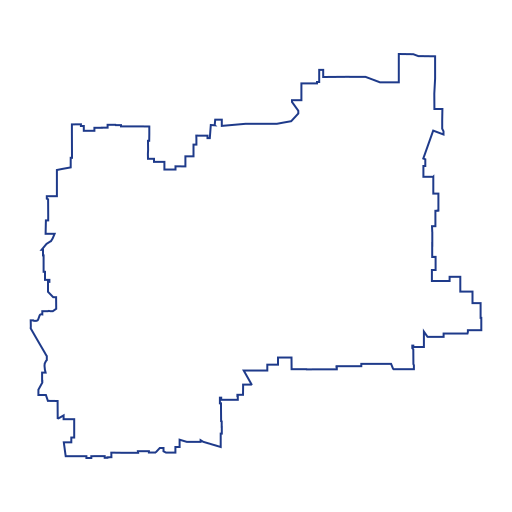 the district of Dumbleyung, Western Australia, Australia
{"feature_id": "25037944B51137520992535", "entity_name": "Dumbleyung", "entity_type": "district", "adm_level": 2, "iso_a3": "AUS", "parent_name": "Australia", "parent_adm1": "Western Australia", "projection": "natural_earth1", "projection_center": [117.914, -33.218], "detail": "fine", "context": "isolated", "style": "outline", "palette": "blue", "viewbox_px": 512, "rotation_deg": 0, "n_neighbors": 0, "source": "geoboundaries", "source_scale": "gbopen_adm2", "svg_char_len": 4518}
<svg xmlns="http://www.w3.org/2000/svg" viewBox="0 0 512 512"><path d="M71.9,124.4L71.9,132.1L72.0,157.8L70.7,157.8L70.7,165.2L70.7,165.4L70.7,167.4L62.4,168.9L56.9,170.0L56.9,177.1L56.9,183.3L56.9,195.3L56.9,196.2L53.4,196.2L46.8,196.2L46.8,198.7L48.1,199.3L48.2,214.7L48.2,216.0L48.2,220.4L45.9,220.4L45.6,233.8L54.6,233.8L53.6,236.2L52.6,238.5L51.0,241.1L50.9,241.1L46.5,243.9L41.6,249.8L43.0,249.8L43.0,255.4L43.6,255.4L43.6,257.8L43.6,271.8L45.0,271.8L45.0,279.9L49.4,279.9L49.4,281.9L48.0,281.9L48.0,291.8L53.2,297.2L56.1,297.2L56.1,297.4L56.2,308.8L52.8,311.2L50.3,311.2L48.9,310.9L48.0,311.1L47.9,311.2L47.2,311.2L42.3,311.2L42.3,314.1L42.3,314.4L41.9,314.3L41.6,314.3L41.3,314.3L41.1,314.3L40.8,314.4L40.5,314.5L40.3,314.6L40.1,314.8L39.9,315.0L39.7,315.3L39.6,315.5L39.5,315.8L38.2,319.4L38.1,319.6L38.0,319.8L37.8,320.0L37.7,320.2L37.5,320.4L37.2,320.5L36.8,320.7L36.3,320.8L36.0,320.9L35.7,320.9L35.2,320.9L34.0,320.8L33.7,320.7L33.4,320.7L33.2,320.6L33.1,320.3L30.7,320.3L30.8,325.0L30.8,327.3L30.7,327.7L30.7,328.4L35.7,337.1L39.0,342.8L45.3,353.6L45.7,354.4L46.8,356.1L46.8,360.1L45.9,361.1L44.7,363.6L44.5,365.8L44.9,369.7L45.6,372.6L42.1,372.6L42.1,380.9L42.3,380.9L42.3,382.6L38.4,389.7L38.4,395.0L45.9,395.0L47.9,400.9L49.7,400.9L57.6,401.0L57.7,419.0L57.8,418.7L59.3,417.9L63.6,415.4L63.6,419.2L74.2,419.2L74.2,437.5L71.3,437.5L71.3,442.3L63.8,442.3L65.1,452.0L65.7,456.2L75.0,456.2L79.5,456.2L79.8,456.2L86.4,456.2L86.4,458.0L89.8,458.0L91.3,458.0L91.3,456.2L98.0,456.1L104.7,456.1L104.7,457.8L107.4,457.8L107.4,457.3L111.4,457.2L111.3,452.7L114.0,452.7L115.3,452.7L123.1,452.8L125.0,452.8L138.1,452.8L137.9,451.2L143.5,451.2L148.9,451.2L148.9,452.5L155.9,452.5L155.7,452.4L159.8,448.0L160.0,448.0L163.5,448.0L163.5,451.3L166.0,452.6L175.4,452.6L175.4,447.0L177.3,447.0L179.6,447.0L179.6,439.7L186.9,441.9L195.0,441.9L200.6,441.9L200.6,440.2L203.2,441.8L206.9,442.9L220.7,447.0L220.7,433.6L221.8,433.6L221.8,426.8L221.7,426.8L221.7,421.4L221.1,421.2L221.0,407.6L221.0,403.3L219.9,403.3L219.9,397.7L221.2,397.7L221.2,399.8L227.6,399.8L237.8,399.8L237.8,396.1L237.4,396.1L237.4,394.8L240.2,394.8L243.0,394.8L243.1,387.5L243.1,384.6L251.2,384.6L251.5,384.3L243.7,370.5L252.3,370.5L255.8,370.5L264.4,370.5L267.3,370.5L267.3,364.7L270.6,364.7L278.0,364.7L278.0,357.5L291.5,357.5L291.6,369.2L306.5,369.2L306.6,369.4L322.8,369.3L336.8,369.3L336.8,367.7L336.4,367.0L336.5,366.2L349.1,366.2L361.3,366.2L361.3,363.9L370.2,363.9L382.2,363.9L391.1,363.9L393.0,368.6L393.6,369.2L402.7,369.2L413.9,369.2L413.9,365.2L413.4,364.1L413.3,349.3L412.3,348.2L412.3,345.6L413.3,345.6L413.3,347.0L423.9,347.0L423.9,331.6L425.7,334.2L427.5,336.8L427.9,336.9L443.6,336.9L443.6,333.5L451.5,333.5L467.5,333.5L467.8,332.5L467.9,331.5L467.9,330.2L481.3,330.2L481.3,317.9L480.6,317.9L480.6,303.1L472.5,303.1L472.5,302.9L472.5,291.6L467.2,291.6L460.3,291.6L460.3,276.8L449.6,276.8L449.6,278.9L449.6,281.0L442.3,281.0L431.9,281.0L431.9,270.0L435.4,270.0L435.6,270.0L435.6,269.9L435.6,267.2L435.6,256.9L434.2,256.9L434.2,257.0L432.2,257.0L432.2,244.3L432.3,244.4L432.3,244.2L432.3,232.2L432.2,231.4L432.2,230.9L432.0,226.2L435.4,226.2L435.4,211.1L435.4,210.8L437.6,210.8L437.6,210.5L438.4,210.5L438.4,193.6L433.3,193.6L433.3,177.1L433.3,176.7L433.2,176.8L423.4,176.8L423.4,175.3L423.4,174.9L423.4,174.7L423.4,166.0L425.3,166.0L425.3,159.6L425.3,159.3L423.3,158.5L428.8,143.0L433.2,130.6L443.5,134.5L443.5,131.3L442.2,128.7L442.2,119.9L442.4,109.0L434.4,109.0L434.3,93.6L435.1,78.6L435.1,56.3L418.3,56.1L413.3,54.2L398.8,54.0L398.8,82.3L389.3,82.3L379.9,82.3L365.6,76.9L349.5,76.9L349.3,76.8L323.2,77.0L323.2,69.9L319.2,69.9L319.2,82.0L317.0,82.0L317.0,83.4L314.6,83.4L301.4,83.4L301.4,90.1L301.4,100.2L292.0,100.2L292.0,102.0L298.2,110.6L298.3,110.8L298.3,113.5L291.2,121.2L283.3,122.6L276.9,123.8L266.3,123.8L256.5,123.8L245.5,123.8L225.1,125.6L221.8,125.9L221.8,119.7L215.2,119.7L214.7,125.2L214.8,125.3L210.8,125.0L209.8,138.1L207.5,138.1L207.5,135.7L201.5,135.7L196.3,135.6L196.4,139.0L196.4,144.6L193.5,144.6L193.5,156.3L185.4,156.3L185.4,166.4L184.1,166.4L175.5,166.3L175.5,169.5L164.4,169.5L164.4,161.9L164.2,161.9L154.0,161.9L154.0,158.8L148.0,158.8L147.9,154.0L148.1,149.9L148.0,141.9L148.0,140.8L149.2,140.8L149.3,134.1L149.3,130.8L149.3,128.1L149.3,126.5L141.0,126.4L135.4,126.4L125.7,126.4L121.0,126.4L121.0,125.1L115.7,125.1L115.5,124.8L107.6,124.8L107.6,127.7L101.8,127.7L101.8,127.8L94.4,127.8L94.4,130.8L83.8,130.8L83.8,126.0L80.9,126.0L80.9,124.3L71.9,124.4Z" fill="none" stroke="#1e3a8a" stroke-width="2"/></svg>